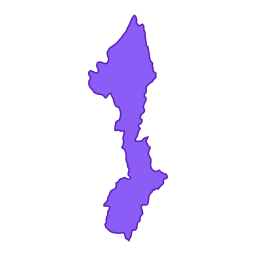 Iapu, Minas Gerais, Brazil
{"feature_id": "56859067B51020861012983", "entity_name": "Iapu", "entity_type": "district", "adm_level": 2, "iso_a3": "BRA", "parent_name": "Brazil", "parent_adm1": "Minas Gerais", "projection": "equal_earth", "projection_center": [-42.243, -19.351], "detail": "fine", "context": "isolated", "style": "filled", "palette": "violet", "viewbox_px": 256, "rotation_deg": 0, "n_neighbors": 0, "source": "geoboundaries", "source_scale": "gbopen_adm2", "svg_char_len": 3792}
<svg xmlns="http://www.w3.org/2000/svg" viewBox="0 0 256 256"><path d="M89.0,80.9L88.8,83.4L89.3,85.8L90.4,87.7L91.9,89.3L93.0,90.5L94.2,92.4L96.0,93.3L98.2,94.1L100.1,94.3L102.4,94.9L104.1,96.3L105.3,97.9L106.8,96.9L107.8,95.2L109.4,93.8L110.8,93.3L111.5,95.3L112.5,97.3L113.4,99.3L114.1,102.1L114.8,104.0L115.7,105.9L117.2,106.9L119.3,107.7L119.9,109.9L120.5,111.8L120.7,113.6L120.5,115.4L120.1,117.9L119.0,120.4L117.6,120.8L116.4,121.5L115.7,123.0L115.5,124.6L115.2,126.3L114.9,128.4L115.1,130.5L116.5,130.5L118.7,129.9L120.6,131.2L122.4,130.8L124.3,131.2L124.0,133.9L123.5,135.3L123.2,137.1L123.0,139.1L123.7,141.2L123.4,143.3L122.9,145.8L121.8,147.2L122.7,148.4L124.3,149.2L125.1,150.7L125.9,153.1L126.3,155.8L126.0,158.0L126.0,159.9L126.7,161.8L127.5,163.7L127.7,166.8L128.8,168.5L129.1,170.1L128.4,172.6L128.2,175.0L129.2,176.0L130.5,177.0L130.1,178.8L128.4,179.2L126.9,178.8L125.7,178.0L124.4,177.5L122.7,178.5L120.5,178.8L118.9,180.5L117.9,182.3L116.0,183.1L116.4,186.1L115.5,188.3L114.3,189.2L112.8,189.8L111.1,190.7L109.9,193.1L109.4,194.8L108.6,196.2L107.8,198.1L107.4,200.7L105.8,202.5L104.2,204.0L103.9,205.8L105.7,206.1L107.2,206.0L108.5,206.2L109.9,207.3L109.4,209.2L108.2,210.6L107.9,213.1L107.6,215.2L106.8,217.0L106.2,219.4L106.6,222.0L105.0,224.4L105.9,227.3L107.7,228.9L109.0,230.2L110.0,231.1L111.4,231.9L112.9,232.5L114.5,232.7L115.7,232.8L117.1,233.1L119.4,233.2L121.5,232.8L123.8,232.7L124.8,234.8L125.2,236.8L125.9,238.5L127.5,239.3L128.9,240.6L129.3,239.0L130.3,237.9L131.2,235.4L131.5,232.8L132.2,230.3L133.7,230.1L135.5,229.9L136.7,228.3L137.0,225.9L137.3,223.4L138.6,221.8L139.8,221.0L140.1,219.2L140.1,217.2L141.2,215.4L142.7,213.9L142.4,211.3L142.0,209.7L141.2,208.2L141.2,206.2L142.8,204.8L144.6,205.0L146.4,204.9L147.5,204.2L148.1,202.6L148.4,200.1L148.7,198.3L148.7,196.5L149.7,194.6L150.5,193.3L151.9,192.1L153.1,189.7L154.5,190.0L155.3,188.8L156.6,188.4L158.1,189.1L159.4,187.5L160.6,186.0L162.1,184.8L163.4,183.4L163.4,181.0L164.1,178.7L166.1,178.5L167.4,177.5L166.9,175.5L165.9,174.0L164.6,174.0L163.0,173.2L161.3,172.2L160.3,171.3L159.2,170.2L157.8,170.9L156.6,171.5L154.2,171.2L152.3,169.6L151.2,168.1L150.6,166.1L150.6,163.7L150.9,161.2L150.8,159.2L150.0,157.2L148.7,155.0L148.4,152.9L148.9,150.8L149.8,149.1L150.1,147.5L149.0,146.5L147.9,145.6L147.2,143.7L146.1,142.0L146.2,140.1L147.2,138.8L147.9,137.1L145.8,137.6L143.8,138.6L142.3,140.3L141.0,141.1L139.1,141.2L137.1,141.3L135.4,140.9L135.6,138.5L136.9,136.8L137.5,135.1L137.9,133.4L138.8,130.8L140.2,128.5L138.4,126.6L138.8,124.6L140.9,123.4L142.0,121.7L142.0,119.5L140.2,118.7L140.5,115.7L142.0,113.9L143.8,112.3L144.7,110.4L143.8,108.7L143.3,106.6L144.1,104.1L145.0,102.1L146.0,100.1L145.9,97.9L144.2,96.1L144.6,94.2L145.5,93.2L146.3,91.7L146.1,88.7L146.5,86.5L147.8,85.1L149.2,83.7L150.4,82.8L152.2,81.7L153.7,79.6L154.8,78.3L155.9,77.5L155.7,75.3L156.0,73.3L154.5,72.2L153.2,71.1L153.0,69.5L152.9,67.7L152.4,65.8L152.5,63.0L151.0,61.6L149.7,59.1L149.4,55.7L148.9,52.5L148.3,49.5L147.9,46.8L146.4,45.5L146.1,42.7L145.7,40.4L145.4,38.3L145.1,36.5L145.1,34.3L144.9,32.1L143.9,30.1L143.8,27.6L143.5,25.5L142.6,24.3L141.3,24.7L140.2,25.5L138.9,25.8L137.6,24.3L136.1,22.5L136.8,20.0L136.1,17.9L135.7,16.3L134.2,15.4L132.4,17.7L131.1,20.4L130.3,22.4L129.6,24.2L128.5,26.2L127.4,28.2L126.8,30.1L125.5,32.4L124.2,33.7L123.2,35.1L122.1,36.7L121.0,38.2L119.5,39.8L118.0,41.7L116.9,42.8L115.7,43.8L114.2,45.0L112.7,46.0L110.8,47.2L109.2,48.8L107.8,51.1L107.2,52.6L107.4,54.5L107.8,56.3L108.6,58.2L108.5,60.6L107.6,62.4L106.3,63.5L104.6,63.6L102.9,62.9L100.8,62.1L98.7,62.1L97.4,62.7L96.9,64.7L96.9,66.5L97.7,68.2L98.5,70.2L98.0,72.4L96.2,73.2L94.4,72.3L92.2,71.2L90.7,70.7L89.3,71.5L88.6,73.1L89.0,74.8L89.8,76.4L90.4,78.1L89.9,79.7L89.0,80.9Z" fill="#8b5cf6" stroke="#5b21b6" stroke-width="1.5"/></svg>